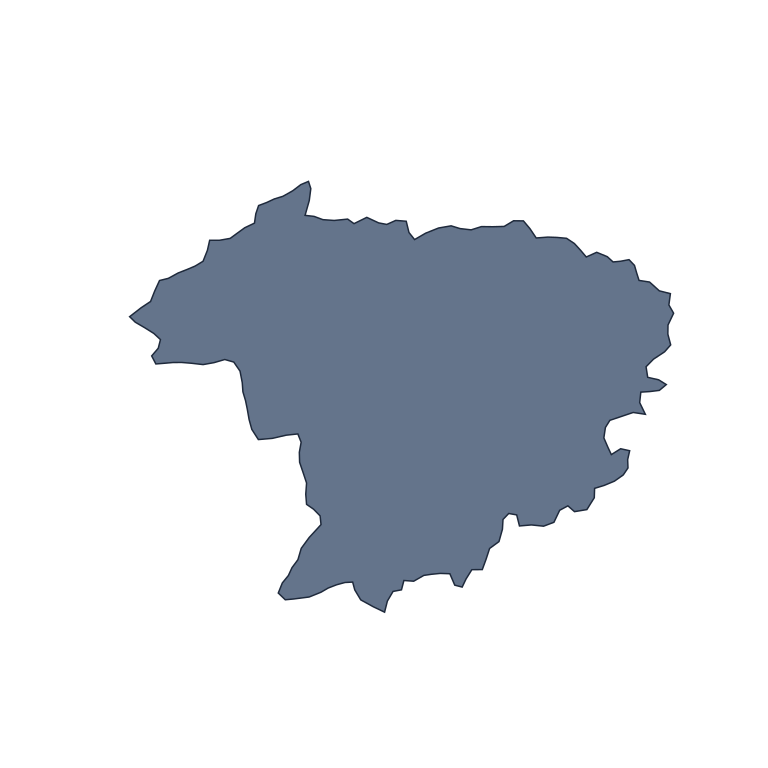 Chalé, Minas Gerais, Brazil, rotated 212°
{"feature_id": "56859067B57408649157877", "entity_name": "Chalé", "entity_type": "district", "adm_level": 2, "iso_a3": "BRA", "parent_name": "Brazil", "parent_adm1": "Minas Gerais", "projection": "robinson", "projection_center": [-41.659, -20.023], "detail": "fine", "context": "isolated", "style": "filled", "palette": "slate", "viewbox_px": 768, "rotation_deg": 212, "n_neighbors": 0, "source": "geoboundaries", "source_scale": "gbopen_adm2", "svg_char_len": 2415}
<svg xmlns="http://www.w3.org/2000/svg" viewBox="0 0 768 768"><g transform="rotate(212 384 384)"><path d="M385.9,240.9L377.4,240.5L368.3,238.3L362.9,231.4L364.4,223.3L366.1,214.3L367.1,200.8L363.9,189.4L364.7,179.5L363.6,170.9L364.8,161.4L362.9,150.7L353.4,148.7L346.7,153.8L334.6,163.7L327.1,174.0L323.2,181.4L317.8,188.6L311.9,195.0L305.6,199.4L299.7,193.9L289.3,188.6L275.1,189.4L262.6,190.8L266.1,201.7L266.4,212.9L260.1,218.7L263.0,227.9L254.3,232.5L248.8,242.8L242.9,247.8L235.9,253.2L227.6,258.0L217.4,250.9L210.1,253.2L211.1,262.2L211.1,273.1L202.3,278.7L204.6,289.6L207.3,300.5L203.0,311.3L206.6,323.6L211.3,332.2L209.6,340.3L202.1,343.3L193.9,335.4L184.3,342.6L173.3,348.0L166.6,356.8L168.1,370.0L163.5,378.1L154.8,376.7L145.4,385.0L145.4,399.0L150.1,407.1L143.5,414.7L137.1,423.7L132.9,433.7L132.6,442.1L137.3,449.0L140.3,457.6L149.0,454.5L153.8,444.6L160.6,449.0L169.0,454.8L173.2,464.5L173.2,472.9L165.8,481.9L157.6,491.9L146.3,496.8L157.3,503.7L161.9,513.2L154.5,518.5L147.1,524.5L144.3,533.1L153.3,533.1L163.9,529.4L170.9,537.5L168.6,547.9L163.1,560.0L161.6,569.1L169.7,576.7L174.4,584.5L175.9,597.5L184.3,602.0L189.0,612.4L199.9,608.9L212.8,611.2L222.6,607.0L228.6,612.1L234.4,617.3L242.1,619.3L248.4,613.5L254.4,608.9L262.1,610.3L273.4,608.4L279.8,598.9L287.9,601.5L296.9,604.0L306.4,604.3L315.1,599.9L322.9,595.4L332.3,588.5L342.6,593.1L352.2,596.2L360.6,591.1L365.6,581.3L375.1,575.0L384.8,569.1L391.8,560.9L401.9,556.1L410.9,553.7L420.4,545.2L428.6,534.0L434.6,522.7L443.1,525.7L451.4,533.8L460.7,529.0L466.2,520.8L473.9,517.8L486.9,516.2L494.4,504.1L502.2,504.6L512.9,496.3L522.9,491.0L532.1,489.1L540.3,485.2L544.6,500.0L549.6,510.9L555.4,515.8L560.2,509.0L563.8,499.5L569.2,489.6L575.1,482.8L579.7,475.7L584.9,468.9L582.9,460.4L579.1,451.8L584.9,442.7L588.7,433.3L591.6,426.0L599.7,418.7L608.0,413.5L604.6,403.8L602.5,392.2L606.7,383.9L611.6,376.9L617.4,369.1L622.9,359.3L629.2,352.8L627.7,341.2L625.7,330.3L630.4,319.9L635.4,306.3L627.7,304.6L617.7,304.9L606.0,304.9L597.1,303.2L594.4,294.7L595.9,284.7L588.1,280.1L580.7,285.6L574.2,290.5L566.9,295.1L558.2,299.6L547.7,304.6L539.4,312.1L532.0,320.4L523.0,323.0L512.9,318.6L504.9,310.0L499.5,302.6L492.6,296.5L486.6,290.2L479.6,282.4L472.1,275.5L461.1,270.3L449.9,278.7L439.9,288.7L430.6,296.0L423.4,290.7L419.6,281.2L414.1,272.9L404.8,265.3L397.2,259.0L391.9,249.0L385.9,240.9Z" fill="#64748b" stroke="#1e293b" stroke-width="1.5"/></g></svg>